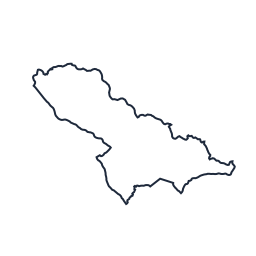 the district of Nova Olímpia, Mato Grosso, Brazil, rotated 47°
{"feature_id": "56859067B94311808533104", "entity_name": "Nova Olímpia", "entity_type": "district", "adm_level": 2, "iso_a3": "BRA", "parent_name": "Brazil", "parent_adm1": "Mato Grosso", "projection": "mercator", "projection_center": [-57.402, -14.783], "detail": "fine", "context": "isolated", "style": "outline", "palette": "slate", "viewbox_px": 256, "rotation_deg": 47, "n_neighbors": 0, "source": "geoboundaries", "source_scale": "gbopen_adm2", "svg_char_len": 5401}
<svg xmlns="http://www.w3.org/2000/svg" viewBox="0 0 256 256"><g transform="rotate(47 128 128)"><path d="M211.8,133.7L211.7,132.2L211.2,130.8L210.6,130.0L210.0,129.2L209.4,127.8L208.9,126.6L208.5,125.2L208.4,124.2L209.2,123.0L209.3,122.0L208.8,120.9L208.1,119.7L208.9,118.6L209.2,117.2L208.7,116.3L208.7,115.3L209.6,114.0L210.8,112.8L211.5,111.2L211.8,110.1L212.2,107.9L212.6,106.8L213.4,105.1L214.0,103.9L214.8,102.8L215.4,101.9L215.8,101.0L216.7,100.0L218.2,98.7L219.9,96.8L220.7,96.1L221.9,94.8L222.5,93.6L223.0,92.7L224.0,91.9L224.9,91.4L225.6,90.8L226.4,89.9L227.0,89.1L227.6,88.0L228.5,87.4L229.6,87.2L230.9,86.5L231.7,85.6L232.0,84.5L231.6,83.5L231.0,82.7L230.6,80.8L230.2,79.2L229.7,77.3L229.0,76.2L228.0,76.0L225.3,75.9L224.5,75.4L223.6,74.3L222.8,75.5L222.5,76.6L223.1,78.0L223.7,79.4L222.9,80.4L221.3,81.2L219.8,81.6L218.8,82.2L218.0,82.9L217.0,83.8L215.6,84.2L214.7,84.1L213.8,84.2L212.9,84.8L212.2,85.6L211.3,85.7L210.4,85.7L208.9,85.9L207.8,86.7L207.6,87.6L207.0,88.3L206.7,89.6L205.5,89.4L204.7,88.4L204.5,86.9L203.7,86.1L202.5,86.2L200.6,85.8L199.2,85.2L198.1,84.9L196.7,84.2L195.6,83.9L194.5,83.5L193.1,83.4L191.8,83.4L190.8,82.4L190.0,81.4L189.3,82.3L189.1,83.8L188.2,84.1L187.2,83.9L186.5,83.5L185.5,83.0L184.6,83.6L184.0,84.5L183.1,84.7L182.0,84.9L180.8,85.2L180.4,86.3L179.8,86.9L178.8,87.0L177.2,86.8L176.6,87.8L175.8,88.7L174.5,88.9L174.5,90.2L175.5,90.8L176.3,91.3L176.4,92.4L176.3,93.4L175.5,94.1L174.2,94.6L172.8,95.1L171.7,95.3L170.3,95.8L169.1,95.9L168.6,97.0L168.5,98.4L168.5,99.6L168.1,100.8L167.0,101.6L165.9,101.9L164.4,101.6L163.1,100.5L161.7,99.6L160.5,99.2L159.3,98.7L158.2,98.3L157.4,97.7L156.2,97.5L154.9,97.3L154.7,96.3L154.9,95.3L155.1,94.2L153.9,94.4L153.1,95.2L152.1,95.6L151.5,96.2L151.0,97.1L150.6,98.3L149.5,98.9L148.6,98.9L147.3,98.8L146.0,98.5L144.8,98.5L143.8,98.8L142.4,99.6L141.2,100.3L140.0,100.9L138.7,101.3L137.8,101.4L136.7,101.5L135.6,102.1L134.4,102.2L133.4,102.9L132.5,103.8L131.6,104.3L131.2,105.6L131.0,106.7L130.1,107.6L128.8,108.0L127.9,108.8L127.1,110.1L126.8,111.1L127.2,112.7L126.8,113.8L125.8,113.7L124.4,113.5L123.2,113.2L122.2,112.9L120.9,112.1L119.9,111.2L118.0,110.4L116.1,110.3L114.3,110.4L113.0,110.8L111.4,111.8L109.9,112.1L109.1,111.8L107.6,111.4L105.4,110.9L102.8,111.7L101.5,113.2L100.9,115.1L100.4,116.6L98.7,117.6L97.5,118.4L96.7,119.6L95.6,119.9L93.6,119.8L92.0,119.5L91.0,118.9L90.2,118.3L89.2,117.7L88.0,115.9L87.2,114.7L86.5,114.1L84.9,113.4L83.2,112.8L82.0,113.0L81.0,113.0L79.8,113.0L78.7,113.2L77.1,113.8L75.2,113.9L74.2,113.3L73.3,112.3L72.1,111.4L70.7,110.6L68.7,110.1L67.2,109.8L65.8,110.0L64.8,110.7L63.2,111.2L62.0,112.2L61.1,113.9L60.8,115.4L60.6,116.3L59.7,117.2L58.9,118.3L58.2,119.1L56.6,119.3L55.4,119.8L53.8,120.3L53.6,121.3L53.0,122.4L52.2,123.3L51.5,124.0L50.5,124.6L49.4,124.8L47.7,124.5L46.9,124.2L46.0,124.3L45.3,125.0L44.3,125.6L43.5,125.9L42.6,125.4L41.8,126.2L40.8,127.5L39.9,128.8L39.8,130.2L39.3,131.6L38.9,133.0L38.3,134.1L37.0,134.6L36.3,135.6L35.5,136.1L34.9,137.1L34.5,138.2L34.0,139.4L32.8,140.8L32.4,142.5L33.4,143.3L32.8,144.3L31.9,144.5L32.1,145.6L32.0,147.0L32.2,148.3L33.2,149.1L33.5,150.7L32.6,150.9L32.5,152.3L31.6,152.6L30.8,152.9L29.7,152.1L28.2,151.9L27.3,152.0L26.0,152.4L24.5,153.3L24.0,154.2L24.6,155.2L25.5,156.6L26.5,157.6L26.7,158.5L26.3,159.4L25.9,160.2L25.5,161.3L26.0,162.7L26.8,163.3L27.9,163.8L28.7,164.2L29.6,164.3L30.8,164.4L31.8,165.3L32.6,167.2L32.8,168.2L35.1,168.1L41.4,168.6L47.6,169.1L48.6,169.2L53.5,169.4L55.1,169.1L56.2,169.2L57.6,169.4L58.7,169.5L60.7,169.3L62.1,169.1L63.3,169.3L64.8,169.9L65.8,170.4L66.7,170.9L68.4,171.9L69.8,172.4L72.6,172.5L73.5,172.5L74.6,172.2L75.8,171.7L76.9,171.0L77.7,170.0L78.2,169.1L78.9,168.2L80.2,167.4L81.9,166.7L83.7,166.1L84.8,166.2L87.2,165.2L88.6,164.6L89.5,164.0L90.5,163.7L91.9,163.7L93.5,163.7L95.6,163.1L96.6,163.1L97.6,162.7L98.5,162.2L99.4,161.3L100.7,160.5L102.0,160.3L103.2,160.3L104.0,159.7L105.0,159.0L105.6,158.4L106.9,157.8L108.1,157.3L109.3,157.4L110.5,158.0L111.6,158.3L113.0,158.0L113.9,157.6L115.3,156.7L116.3,155.8L117.2,154.9L118.1,154.6L119.7,154.8L120.9,155.6L122.3,155.7L123.6,155.3L124.8,154.9L125.8,154.8L127.2,154.6L128.3,154.2L129.6,153.9L130.6,154.0L130.9,155.8L131.0,156.9L131.1,159.4L131.1,160.6L130.5,162.4L130.9,164.0L130.9,164.9L130.7,166.2L130.1,167.0L128.7,167.2L127.9,170.9L128.9,171.4L129.8,171.7L131.3,171.8L132.5,171.4L133.4,171.3L134.6,171.4L136.2,171.5L137.2,172.1L138.3,172.5L139.6,172.8L141.5,173.0L142.4,173.2L143.1,173.7L144.1,174.2L145.6,175.1L146.9,176.2L147.7,176.7L148.7,177.2L150.3,178.3L151.1,179.1L152.0,179.6L153.7,180.3L154.8,180.7L156.6,181.4L157.7,181.7L158.7,181.6L160.1,181.6L161.0,181.6L162.4,181.7L163.9,180.9L164.9,180.8L166.4,180.6L167.3,180.5L169.7,180.2L170.7,179.8L171.8,179.6L173.3,179.7L175.1,180.4L176.4,180.2L178.5,180.7L180.2,180.9L182.3,181.2L182.5,179.9L182.1,178.8L181.0,178.5L180.4,177.5L180.7,175.5L180.0,174.2L180.2,172.9L179.9,171.6L180.6,171.0L180.0,169.7L178.9,169.5L178.8,168.4L179.0,167.3L178.5,166.2L178.0,164.9L177.1,165.1L176.5,164.4L175.9,163.7L175.0,163.4L175.1,162.4L176.4,162.0L176.3,160.6L177.1,160.0L178.1,159.6L178.9,158.1L179.6,157.2L181.0,155.8L181.7,154.2L182.6,153.1L183.7,152.1L184.7,151.7L185.9,151.6L187.0,139.1L192.5,136.0L199.0,132.4L199.8,133.3L200.8,133.8L201.7,134.0L203.1,134.1L204.2,134.2L205.2,134.0L206.1,134.2L208.1,134.1L209.0,133.7L210.1,133.7L211.8,133.7Z" fill="none" stroke="#1e293b" stroke-width="2"/></g></svg>